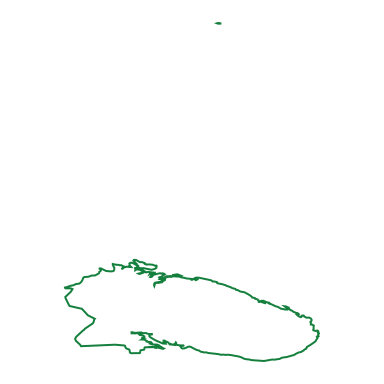 the Region of Murmansk
{"feature_id": "RUS-2333", "entity_name": "Murmansk", "entity_type": "Region", "adm_level": 1, "iso_a3": "RUS", "parent_name": "Russia", "parent_adm1": "", "projection": "robinson", "projection_center": [34.347, 73.115], "detail": "fine", "context": "isolated", "style": "outline", "palette": "green", "viewbox_px": 384, "rotation_deg": 0, "n_neighbors": 0, "source": "natural_earth", "source_scale": "10m", "svg_char_len": 6083}
<svg xmlns="http://www.w3.org/2000/svg" viewBox="0 0 384 384"><path d="M65.6,288.3L65.1,288.0L65.0,287.5L65.9,287.4L71.0,285.7L73.3,285.3L76.1,284.0L78.9,283.7L80.0,283.1L81.3,281.9L82.6,279.7L83.3,277.7L84.2,277.1L88.6,276.7L91.4,275.6L95.2,275.4L98.7,273.5L99.0,273.2L99.3,271.8L100.4,271.2L100.9,270.4L100.5,269.1L98.8,268.5L100.9,268.4L106.2,271.0L110.9,271.4L112.8,271.2L113.7,270.8L114.2,269.9L114.3,267.5L113.5,266.7L113.4,265.8L112.8,265.1L112.8,264.0L116.4,264.8L118.3,264.8L119.9,265.3L121.2,265.2L123.6,266.4L123.4,267.1L122.8,267.5L122.6,268.1L121.4,269.0L122.5,268.7L124.9,266.8L125.7,267.1L126.4,266.7L131.3,267.1L131.0,266.7L129.2,265.8L129.7,265.0L129.4,263.5L130.3,262.8L132.1,262.8L134.3,263.8L135.5,264.7L136.0,264.8L136.9,264.4L136.7,263.8L134.6,262.3L134.7,261.6L133.4,260.7L133.9,259.9L134.3,259.8L136.1,260.0L140.1,262.2L141.9,262.1L144.3,262.9L145.0,263.4L144.6,263.7L145.0,264.1L146.9,264.6L148.9,264.4L152.6,264.7L155.0,265.7L156.4,265.6L156.7,266.0L156.2,267.4L156.4,267.8L156.1,268.1L154.8,268.9L151.6,269.8L143.3,268.1L142.0,268.3L138.1,267.9L138.0,267.6L138.4,266.7L138.3,266.0L137.8,265.5L137.1,265.4L137.2,266.6L136.8,267.5L136.0,267.8L134.3,268.0L136.0,268.4L136.1,268.9L135.2,269.9L135.2,270.3L136.3,269.6L137.4,269.4L140.4,270.0L142.5,269.8L143.2,270.3L142.4,271.0L144.5,271.5L144.1,271.9L142.9,271.9L141.8,272.8L138.5,273.6L139.3,274.0L140.3,273.7L142.9,272.9L143.5,272.1L144.9,272.2L145.1,271.7L146.4,272.4L148.0,271.9L152.1,272.4L150.0,273.4L149.6,274.2L152.0,272.9L155.7,272.6L151.3,275.4L150.2,277.0L150.6,277.1L152.0,276.7L153.1,275.1L153.8,274.7L160.1,273.2L161.0,273.6L162.6,273.3L164.1,273.8L163.7,274.4L162.0,275.2L163.6,275.1L161.2,276.9L159.0,277.4L158.5,277.9L159.8,277.5L162.6,277.4L163.1,277.9L160.0,278.6L159.7,279.0L161.8,278.9L161.8,279.5L163.8,279.0L164.4,279.5L163.8,280.1L160.1,281.8L155.1,282.7L154.4,283.4L154.2,283.9L154.1,285.5L154.3,286.0L155.1,283.4L156.1,282.9L158.3,282.9L162.2,282.2L162.7,281.2L164.8,280.2L165.1,279.7L164.8,278.6L165.1,278.2L164.8,277.9L165.0,277.0L165.9,276.4L167.9,276.2L168.2,276.5L167.9,277.0L169.0,276.7L170.8,276.8L170.4,276.1L181.3,276.8L181.2,277.3L181.9,277.5L184.9,277.9L186.0,278.4L192.2,279.0L191.7,279.8L192.0,279.9L193.1,279.1L194.2,279.0L195.2,279.3L195.3,279.9L195.8,280.2L197.6,279.3L197.3,278.8L195.4,277.9L196.0,277.6L198.9,277.7L211.2,280.3L212.9,281.6L213.7,281.4L216.7,282.0L217.1,282.3L217.0,282.8L217.9,283.4L221.9,284.1L226.0,285.4L226.7,286.0L228.2,286.3L231.5,287.6L232.1,288.1L235.4,288.9L236.0,289.8L238.2,290.3L240.2,291.5L244.6,292.3L249.8,295.2L251.7,296.7L252.2,297.5L254.4,297.9L255.0,298.2L255.2,298.8L257.4,299.3L257.8,299.9L258.6,300.4L258.6,301.8L259.3,302.0L259.7,301.4L265.1,303.2L266.0,303.2L261.0,301.3L261.0,301.0L261.5,300.9L262.5,301.4L263.0,301.3L262.7,300.8L263.5,300.8L266.5,302.2L269.1,302.7L269.7,303.3L269.3,303.6L269.7,303.8L271.3,304.2L275.7,306.3L277.7,306.8L281.0,308.7L285.3,309.5L287.6,309.5L287.7,309.2L286.3,307.6L284.6,306.3L286.2,306.5L287.8,307.4L288.6,307.5L289.3,309.0L290.5,310.2L291.6,310.4L293.4,311.8L296.3,312.9L296.5,313.2L297.5,313.1L298.6,313.9L298.8,314.2L298.5,314.5L296.9,314.7L298.2,315.9L299.9,316.9L300.6,317.2L301.3,317.0L301.8,316.3L301.7,315.7L303.5,315.5L303.8,315.6L304.1,316.4L306.5,317.7L308.9,317.6L309.7,317.8L310.8,318.5L311.6,319.7L311.6,320.5L310.4,322.0L310.9,322.7L310.8,324.5L312.5,324.7L313.8,325.6L313.6,326.6L313.6,328.6L313.2,330.0L313.9,330.5L315.9,331.0L317.2,330.5L317.8,330.8L318.3,331.3L317.8,332.4L319.0,333.3L318.9,333.7L318.1,334.3L318.2,335.3L318.6,336.2L318.0,336.6L317.0,336.5L316.8,336.8L317.5,337.5L317.6,337.8L315.3,341.5L310.3,345.0L307.0,346.9L306.5,347.7L306.5,348.4L306.3,348.7L304.3,349.6L303.6,350.6L302.5,351.0L301.3,351.9L298.6,352.5L295.7,353.9L294.3,354.9L286.8,357.0L282.0,357.7L279.7,358.9L274.1,359.7L272.3,359.5L264.0,361.0L251.4,360.1L249.3,359.5L246.0,359.2L243.8,358.6L241.6,357.4L238.3,356.4L230.5,355.0L227.8,354.7L225.5,354.9L223.3,354.6L221.0,354.8L218.3,354.1L208.3,353.0L206.3,352.4L204.0,352.4L200.5,351.6L199.2,350.6L196.5,349.9L190.7,346.9L189.0,346.5L184.3,348.4L182.6,348.5L181.7,348.2L180.1,346.1L180.8,345.7L183.0,345.9L183.5,345.6L183.4,345.4L182.8,345.4L182.9,345.5L182.4,345.7L177.3,345.0L176.5,344.6L175.6,345.1L174.9,345.0L175.7,344.3L176.2,343.4L176.1,342.7L175.8,342.4L175.2,343.6L174.4,344.2L172.0,344.7L170.8,343.9L170.5,343.9L170.2,344.5L169.7,344.4L168.4,342.6L166.5,341.6L166.0,341.7L165.0,340.9L164.9,341.2L165.2,342.0L163.6,340.9L163.5,341.7L165.6,343.1L163.6,342.2L164.6,343.2L162.9,342.5L164.3,343.6L162.8,343.5L155.2,340.2L150.2,337.2L149.4,336.3L149.4,335.3L149.7,334.9L152.7,334.2L151.9,334.0L148.8,334.1L146.1,333.1L142.6,333.1L141.2,332.4L135.1,332.9L131.8,332.2L130.7,332.6L132.2,332.6L131.9,333.3L135.4,333.4L137.6,333.1L138.8,333.3L140.6,334.7L139.3,334.5L139.8,335.0L141.8,335.1L143.5,335.8L144.4,336.5L144.4,337.2L143.5,337.9L141.3,337.7L143.3,338.3L142.9,338.4L142.9,338.9L141.8,339.5L144.3,339.6L146.8,341.0L146.6,341.5L147.4,341.8L151.1,342.2L151.9,343.2L148.7,343.2L152.7,344.5L156.8,344.5L159.3,345.5L159.6,345.7L159.5,346.1L156.3,345.5L155.6,345.6L155.0,346.6L153.9,347.1L152.0,346.8L150.5,346.9L150.9,347.2L145.1,347.3L144.6,347.6L144.3,349.2L144.0,349.7L140.5,350.3L140.0,352.9L139.7,353.1L131.2,353.2L130.4,352.9L129.9,352.4L129.6,350.4L129.3,349.6L126.4,348.5L125.5,347.5L125.1,345.9L124.5,345.5L115.0,344.7L81.0,346.2L80.2,344.8L75.8,340.7L75.1,338.9L76.2,336.8L83.0,330.5L84.2,329.7L84.8,328.8L92.8,323.4L93.7,321.8L94.2,319.4L94.8,318.8L87.9,315.3L81.9,308.8L69.6,306.0L69.1,305.4L65.5,298.0L65.3,297.0L70.7,291.9L72.5,289.1L71.1,288.4L65.6,288.3ZM172.9,275.0L177.4,274.3L181.1,275.8L180.6,276.0L173.8,275.7L172.8,275.3L172.9,275.0ZM154.1,347.5L155.3,347.5L155.0,347.3L155.3,347.0L157.3,346.9L157.6,346.8L157.5,346.5L158.3,346.4L161.6,347.1L162.5,348.0L163.8,348.5L163.1,348.9L157.0,347.4L156.2,347.7L156.9,348.0L156.5,348.0L154.1,347.5ZM217.0,23.3L217.9,23.0L221.2,23.4L220.1,23.7L217.8,23.6L217.0,23.3ZM140.6,333.0L141.6,333.4L141.4,334.0L140.3,333.3L140.6,333.0Z" fill="none" stroke="#15803d" stroke-width="2"/></svg>